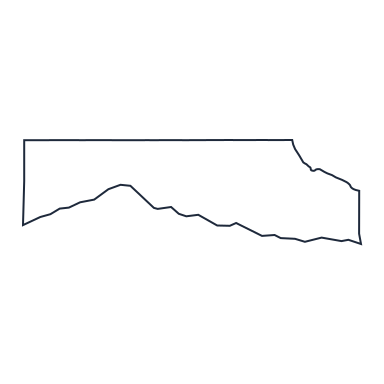 Boyd, Nebraska, United States of America (Robinson projection)
{"feature_id": "52423323B94496546276547", "entity_name": "Boyd", "entity_type": "district", "adm_level": 2, "iso_a3": "USA", "parent_name": "United States of America", "parent_adm1": "Nebraska", "projection": "robinson", "projection_center": [-98.692, 42.88], "detail": "fine", "context": "isolated", "style": "outline", "palette": "slate", "viewbox_px": 384, "rotation_deg": 0, "n_neighbors": 0, "source": "geoboundaries", "source_scale": "gbopen_adm2", "svg_char_len": 1154}
<svg xmlns="http://www.w3.org/2000/svg" viewBox="0 0 384 384"><path d="M361.0,244.0L359.1,233.7L359.2,190.8L355.8,190.0L353.5,189.1L352.2,188.3L351.2,187.4L350.8,186.9L350.0,185.1L349.2,184.2L347.6,182.8L346.3,182.0L342.1,179.9L335.9,177.4L332.0,175.1L327.4,173.4L324.4,171.9L319.8,169.2L317.9,169.1L316.2,169.4L314.9,170.4L314.0,170.8L313.1,170.8L311.5,170.4L310.9,169.8L310.5,167.8L310.0,167.2L308.7,166.4L306.4,164.2L305.3,163.7L303.3,162.4L299.2,155.4L295.1,149.1L293.2,144.6L292.2,140.0L268.6,140.1L267.2,140.0L233.6,140.1L233.0,140.0L205.7,140.1L197.9,140.1L184.9,140.2L176.8,140.1L149.9,140.2L148.7,140.1L143.1,140.2L127.8,140.2L114.3,140.2L106.6,140.1L86.0,140.1L85.4,140.2L66.2,140.1L65.1,140.1L60.8,140.1L57.2,140.1L45.2,140.2L31.3,140.2L24.2,140.2L24.2,181.1L23.0,225.1L40.3,217.0L50.4,214.2L59.7,208.6L68.9,207.6L80.1,202.3L94.2,199.6L108.4,189.2L120.5,184.8L130.4,185.8L153.9,207.9L157.7,208.9L171.1,207.0L178.8,213.8L186.3,216.3L198.3,214.8L217.2,225.5L229.8,225.8L236.1,223.0L262.0,235.9L274.6,235.0L280.7,238.1L295.0,238.8L304.9,241.8L321.6,237.6L341.5,241.1L348.4,239.8L361.0,244.0Z" fill="none" stroke="#1e293b" stroke-width="2"/></svg>